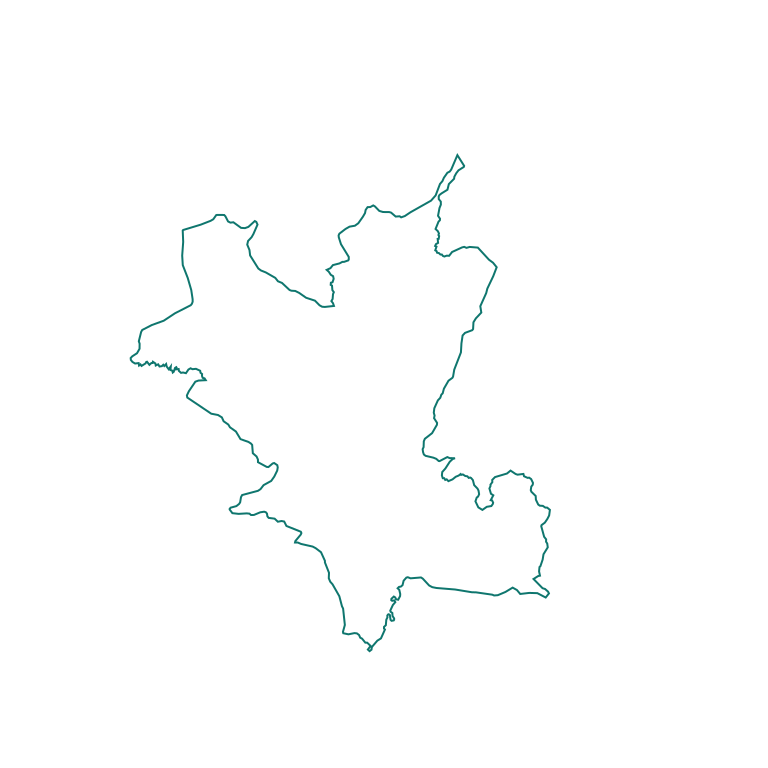 outline of Lubudi, Katanga, Democratic Republic of the Congo, rotated 213°
{"feature_id": "63176286B52782039621830", "entity_name": "Lubudi", "entity_type": "district", "adm_level": 2, "iso_a3": "COD", "parent_name": "Democratic Republic of the Congo", "parent_adm1": "Katanga", "projection": "natural_earth1", "projection_center": [26.13, -10.358], "detail": "fine", "context": "isolated", "style": "outline", "palette": "teal", "viewbox_px": 768, "rotation_deg": 213, "n_neighbors": 0, "source": "geoboundaries", "source_scale": "gbopen_adm2", "svg_char_len": 6166}
<svg xmlns="http://www.w3.org/2000/svg" viewBox="0 0 768 768"><g transform="rotate(213 384 384)"><path d="M250.6,152.1L249.8,154.4L250.8,156.4L250.8,157.8L249.8,165.1L248.0,169.0L249.5,178.6L250.8,178.9L251.7,180.3L251.1,182.7L253.7,187.6L254.0,190.1L255.1,191.6L255.1,192.8L254.6,193.5L253.2,193.4L250.1,189.8L248.7,189.5L247.1,191.0L247.1,191.8L247.8,192.9L250.5,194.1L252.3,196.5L254.4,196.6L255.3,197.3L256.2,203.5L255.7,207.2L257.5,208.1L259.1,206.6L260.2,206.7L260.8,207.9L260.0,211.1L258.3,211.1L256.6,210.0L254.6,210.8L255.0,214.9L256.0,216.7L259.1,219.7L261.3,220.1L260.9,222.0L259.5,223.3L258.9,225.4L260.4,229.7L259.8,233.8L258.8,234.9L255.9,235.5L247.6,241.9L245.5,241.9L236.4,239.6L232.9,239.9L228.9,241.5L212.4,250.4L196.9,257.2L193.3,259.4L178.4,266.3L176.5,266.6L173.5,268.9L168.9,275.7L165.2,283.3L160.3,283.6L155.4,282.1L148.4,287.9L141.5,292.1L132.1,293.0L131.6,298.2L133.3,299.2L137.3,299.8L139.8,299.1L152.4,301.9L150.1,306.9L148.8,308.2L151.9,311.3L153.9,315.2L153.6,316.4L155.3,323.1L157.5,328.1L157.7,336.2L160.2,339.1L162.2,340.0L163.4,342.0L166.5,343.1L174.7,350.4L175.0,351.5L173.6,355.3L173.5,359.9L173.9,363.7L176.3,368.8L179.8,369.2L181.4,368.2L184.4,368.3L187.1,366.8L189.0,366.9L193.6,369.7L195.8,372.7L201.7,373.9L203.1,374.9L204.6,378.2L204.4,380.5L205.2,382.2L208.8,384.4L211.3,384.5L212.4,383.5L216.3,382.9L218.1,384.5L222.6,380.7L224.6,380.2L230.7,380.3L232.1,375.9L240.2,366.4L241.0,362.5L239.7,360.7L239.9,357.6L239.1,356.4L238.7,353.8L234.5,350.2L231.7,350.2L231.2,344.7L229.9,345.2L227.8,343.9L227.4,342.6L227.5,340.1L230.9,337.0L232.9,332.0L237.7,331.9L243.4,335.4L244.4,339.3L243.8,340.8L244.2,343.4L246.7,346.1L248.6,347.2L253.3,348.3L257.1,351.8L259.7,352.6L260.8,352.5L261.8,351.4L263.8,352.0L265.7,351.1L268.6,351.1L269.8,349.8L270.7,350.2L271.5,347.9L273.3,345.3L274.6,341.3L277.1,337.6L279.5,338.2L280.4,336.9L282.2,337.8L283.4,337.0L285.7,338.9L287.2,341.9L286.5,346.5L286.5,354.6L285.5,358.6L284.0,360.4L288.6,357.6L291.1,357.2L295.4,349.6L296.2,349.2L299.4,349.7L302.5,349.1L310.0,346.4L312.2,346.6L314.2,348.2L316.1,350.4L316.4,352.6L319.4,357.6L319.9,360.3L316.9,369.0L317.4,378.6L318.3,380.3L323.4,382.6L324.4,385.1L326.6,387.0L328.6,391.1L329.9,399.6L329.3,403.1L330.1,406.3L329.7,408.1L331.2,412.7L331.7,421.9L330.0,426.4L330.1,427.8L332.9,434.3L336.7,452.4L341.2,460.3L344.5,467.5L343.9,471.0L339.3,477.2L339.2,478.6L342.6,484.5L342.7,489.1L341.3,496.9L345.6,501.7L347.8,515.9L349.3,520.3L351.1,533.9L353.1,543.3L358.6,545.1L363.6,545.4L379.6,549.5L386.8,545.6L389.0,543.1L391.4,542.7L392.9,541.1L398.8,531.8L399.2,527.0L401.3,525.8L402.8,523.8L404.4,523.5L406.0,524.1L407.2,523.3L409.3,523.7L411.0,523.0L412.3,524.1L413.8,524.0L414.8,527.8L416.3,527.6L416.6,529.6L415.5,531.8L418.0,534.9L417.2,535.5L418.3,538.1L419.5,538.6L419.9,540.2L422.1,541.5L425.2,542.1L426.7,549.9L426.3,551.7L427.0,553.1L430.3,554.5L433.3,561.8L434.0,565.4L435.7,567.9L438.8,568.9L440.3,571.2L440.4,572.8L439.6,575.1L436.6,581.5L438.5,587.0L437.0,594.3L437.9,596.2L438.2,600.2L437.9,603.8L435.3,609.5L435.6,610.6L447.1,615.9L444.4,600.4L444.6,597.9L445.9,595.7L446.1,589.6L445.5,585.9L446.0,582.3L443.4,570.3L444.4,563.4L455.3,542.5L458.0,536.2L460.4,533.1L462.2,533.2L465.4,530.8L471.4,531.6L473.1,531.1L478.5,527.7L482.2,526.6L488.4,528.0L490.3,527.9L491.9,524.9L494.1,523.4L494.2,520.0L493.0,517.0L492.8,512.7L493.1,504.8L494.6,500.9L498.6,497.2L500.7,493.1L503.3,485.8L503.0,483.9L501.8,482.4L496.2,477.8L482.8,471.4L481.4,469.3L481.3,468.2L484.0,464.7L485.4,463.8L487.0,460.9L491.6,455.9L492.0,452.0L494.2,448.5L491.5,448.1L488.1,446.6L485.4,446.7L483.5,444.8L482.6,441.3L483.7,440.0L482.7,438.1L481.2,438.2L478.4,434.6L476.1,433.7L475.7,431.6L473.4,427.3L473.3,424.9L470.8,424.0L468.5,422.2L475.6,416.4L478.0,415.1L480.9,414.9L487.3,416.3L496.3,413.9L504.7,414.2L509.1,413.7L512.5,411.8L514.4,411.4L524.6,413.2L528.9,412.4L533.0,413.8L543.9,413.2L549.0,412.2L552.3,412.4L566.3,418.9L569.8,423.1L574.6,426.4L575.9,429.9L575.0,435.0L575.2,438.6L576.9,448.8L579.4,450.4L581.1,450.3L583.3,441.9L585.5,439.0L588.9,437.1L598.4,437.6L600.7,435.7L603.3,435.4L608.4,438.3L610.1,438.7L616.1,434.9L616.7,434.3L616.9,429.2L618.3,426.4L624.5,417.8L636.3,403.8L636.4,403.1L629.8,393.8L623.2,381.8L617.5,374.1L606.3,366.0L596.8,357.8L590.7,350.9L589.3,348.8L588.8,346.7L589.0,344.8L597.8,329.5L603.2,317.1L610.9,306.9L616.2,297.6L616.0,295.3L612.9,286.3L610.9,284.7L608.2,280.4L607.9,275.3L610.2,270.1L610.6,267.8L609.4,266.3L607.0,265.5L603.9,265.6L601.2,267.9L599.5,266.1L598.9,267.8L597.2,267.1L595.2,271.4L595.4,272.9L594.9,273.6L591.2,272.3L590.5,274.9L589.5,275.6L589.9,276.8L586.9,276.7L585.5,275.2L584.1,277.5L581.8,276.4L580.0,278.0L579.6,279.9L578.1,279.4L577.6,282.1L575.8,280.3L572.6,279.1L572.4,282.6L570.7,279.4L568.8,279.9L567.4,278.6L567.0,279.7L568.0,283.6L567.4,285.0L566.9,284.8L566.5,282.9L564.4,284.7L563.2,283.3L560.3,282.8L558.8,284.2L556.0,285.2L555.9,289.6L554.8,291.8L552.7,292.1L550.0,294.3L545.4,295.0L544.0,293.5L542.0,293.3L541.1,291.7L539.4,290.4L537.6,291.0L535.6,290.1L541.4,285.9L543.5,283.2L543.7,271.7L543.1,267.1L541.6,265.5L512.7,265.0L506.3,267.6L501.8,267.7L498.2,265.4L492.5,265.2L489.6,263.8L482.3,263.5L474.3,259.6L466.1,261.6L463.1,261.6L461.4,261.1L456.3,254.5L451.4,253.8L448.6,252.0L447.1,249.8L437.2,250.6L435.7,251.4L434.1,256.7L433.1,257.9L429.3,257.8L427.7,256.2L426.4,253.2L425.6,246.6L425.8,241.3L429.9,233.6L430.3,228.6L431.5,225.8L442.5,213.6L442.3,211.2L440.2,206.4L440.2,204.5L441.3,201.2L445.3,196.7L445.4,195.0L444.9,194.6L440.8,193.1L435.2,195.9L428.7,200.7L426.2,202.0L424.2,201.7L421.8,203.3L417.9,209.0L415.0,211.6L413.3,212.1L411.6,211.6L409.7,209.5L407.8,208.9L402.4,211.5L398.0,210.7L395.3,213.3L392.8,214.3L388.5,211.8L373.3,214.8L372.1,214.0L371.8,212.4L372.8,204.0L372.3,202.6L369.9,204.1L366.4,204.7L355.3,208.8L351.9,209.1L345.2,208.6L337.2,203.5L336.4,202.2L327.3,195.7L324.5,191.0L321.4,188.9L318.1,188.0L305.9,181.7L298.2,174.7L296.0,173.4L285.6,160.6L283.4,153.7L282.4,152.8L277.5,154.7L273.1,159.0L270.9,160.1L268.2,159.9L265.8,158.3L263.7,158.5L258.8,156.9L257.2,157.9L252.6,157.0L252.9,152.5L250.6,152.1Z" fill="none" stroke="#0f766e" stroke-width="2"/></g></svg>